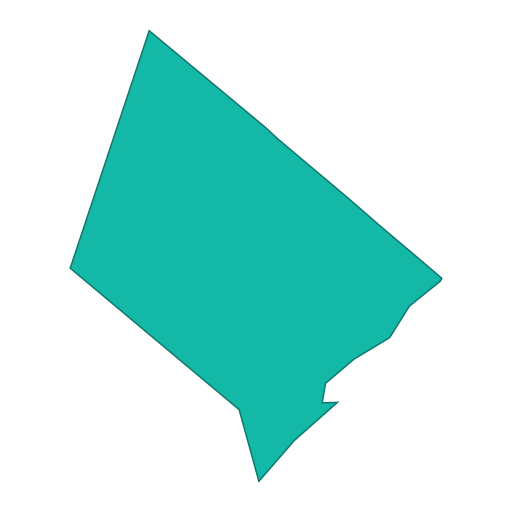 Hays, Texas, United States of America (Robinson projection)
{"feature_id": "52423323B40062002431262", "entity_name": "Hays", "entity_type": "district", "adm_level": 2, "iso_a3": "USA", "parent_name": "United States of America", "parent_adm1": "Texas", "projection": "robinson", "projection_center": [-97.934, 30.054], "detail": "fine", "context": "isolated", "style": "filled", "palette": "teal", "viewbox_px": 512, "rotation_deg": 0, "n_neighbors": 0, "source": "geoboundaries", "source_scale": "gbopen_adm2", "svg_char_len": 405}
<svg xmlns="http://www.w3.org/2000/svg" viewBox="0 0 512 512"><path d="M70.2,268.2L181.7,361.6L239.1,409.6L246.6,436.7L248.8,444.7L258.9,481.3L294.2,440.6L337.4,402.4L322.2,402.8L325.6,383.3L353.9,359.2L389.7,337.6L409.5,306.0L440.3,281.2L441.8,278.3L415.7,256.0L396.8,240.1L376.7,223.0L348.8,198.7L278.1,139.2L265.4,127.4L149.2,30.7L70.2,268.2Z" fill="#14b8a6" stroke="#0f766e" stroke-width="1.5"/></svg>